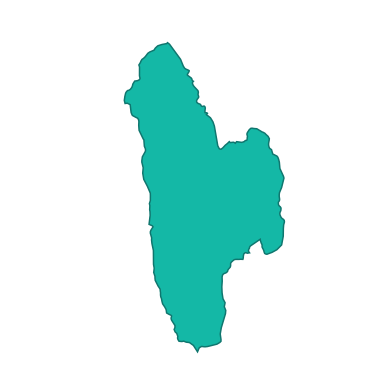 outline of Tolima, rotated 326°
{"feature_id": "COL-1402", "entity_name": "Tolima", "entity_type": "Department", "adm_level": 1, "iso_a3": "COL", "parent_name": "Colombia", "parent_adm1": "", "projection": "mercator", "projection_center": [-75.185, 4.102], "detail": "fine", "context": "isolated", "style": "filled", "palette": "teal", "viewbox_px": 384, "rotation_deg": 326, "n_neighbors": 0, "source": "natural_earth", "source_scale": "10m", "svg_char_len": 3986}
<svg xmlns="http://www.w3.org/2000/svg" viewBox="0 0 384 384"><g transform="rotate(326 192 192)"><path d="M276.6,230.2L276.0,231.9L268.8,238.4L264.1,241.5L262.8,243.0L261.8,244.5L260.6,247.0L259.7,248.0L258.9,248.4L258.2,248.6L257.6,249.1L256.9,250.3L256.5,251.3L256.6,252.6L256.9,253.6L256.9,254.7L256.5,255.6L255.1,257.2L254.0,257.8L252.9,258.7L252.2,260.0L251.7,262.7L251.9,264.4L252.5,265.8L252.6,267.1L251.9,268.5L249.6,270.5L247.3,273.4L242.9,279.7L236.7,286.0L230.1,287.3L224.6,286.8L219.3,285.5L218.4,284.6L217.9,283.5L218.2,282.2L218.7,280.8L219.0,279.4L219.2,277.4L219.4,276.7L220.3,275.4L220.7,274.4L220.8,273.2L221.5,270.6L222.1,269.3L210.7,269.4L209.8,269.5L208.9,269.9L208.2,270.7L206.9,271.3L205.7,272.6L205.7,274.6L203.5,273.6L203.2,273.0L202.6,272.3L201.6,272.1L200.3,272.3L198.7,273.9L197.8,275.1L196.9,276.0L196.5,276.3L194.8,275.0L193.2,274.1L190.9,272.5L189.7,271.9L188.5,271.7L185.2,272.2L184.6,272.5L183.9,273.0L183.1,274.3L182.4,275.1L181.6,275.7L179.3,276.3L178.2,276.7L177.1,277.7L175.8,278.0L174.8,278.0L173.7,277.7L172.4,277.5L171.1,277.8L169.4,279.3L167.2,282.8L163.7,287.3L160.5,292.5L158.0,297.8L157.5,302.3L154.6,305.2L153.8,309.0L151.7,311.6L140.4,320.9L136.0,325.5L133.5,330.6L132.5,332.0L130.8,332.3L127.6,332.1L118.5,328.8L116.2,327.6L114.7,326.4L113.8,325.5L112.1,325.2L110.7,325.3L107.2,327.6L107.4,320.0L105.7,315.4L103.2,313.2L101.7,311.0L100.0,310.3L97.8,308.5L97.8,307.2L98.0,305.9L98.4,304.9L99.5,303.8L100.3,300.6L99.8,298.6L100.3,296.0L102.1,294.8L103.2,293.2L103.4,286.9L103.8,285.4L104.5,284.5L105.3,283.9L105.8,283.2L105.5,282.0L104.7,280.9L103.3,278.1L104.8,275.0L105.1,272.2L105.1,268.3L105.9,266.0L107.1,263.2L107.5,261.4L108.3,259.8L109.6,257.9L110.3,256.4L111.2,254.8L111.3,253.3L111.3,251.1L112.1,244.7L113.2,242.6L114.1,241.3L115.3,237.2L115.8,236.7L117.9,234.2L118.3,233.5L119.6,230.5L127.3,218.9L129.9,212.5L131.6,209.2L132.9,207.5L134.4,202.9L135.3,201.6L136.6,200.7L140.2,199.1L140.2,197.8L138.3,194.8L144.2,188.0L146.2,184.8L147.0,183.0L149.4,179.8L150.2,177.8L152.7,175.8L155.5,171.7L156.8,169.6L158.2,162.4L159.1,154.5L161.7,148.8L165.1,144.6L167.1,139.2L168.0,137.9L170.5,135.1L176.1,132.2L176.8,131.4L177.5,130.2L178.1,127.4L181.3,121.8L181.2,120.9L182.6,111.3L185.2,106.8L187.3,104.0L188.1,102.2L188.2,100.4L187.2,98.7L185.4,95.2L185.6,93.7L186.0,92.0L189.6,85.0L188.0,82.2L186.0,81.2L187.1,78.2L189.8,75.2L192.3,72.9L194.0,72.1L195.4,71.9L196.7,72.4L198.3,72.4L200.5,71.7L202.1,70.6L203.2,69.5L206.5,68.0L209.0,69.2L210.7,69.5L211.8,69.2L212.4,68.8L212.7,68.2L212.9,67.5L213.5,66.2L218.4,59.0L219.0,57.0L221.8,55.7L222.7,55.0L224.7,54.1L226.4,54.1L228.8,53.7L233.0,52.3L235.4,52.3L239.8,53.2L242.0,52.2L244.4,51.8L245.5,51.7L249.6,52.9L254.0,54.8L255.2,54.5L256.0,56.9L256.7,75.6L255.2,82.7L255.1,85.1L255.5,86.4L257.2,89.1L257.5,89.8L256.9,90.5L254.3,91.7L253.6,92.3L253.7,93.1L255.1,97.0L255.1,98.2L254.7,99.2L254.6,100.0L255.1,101.0L253.7,101.4L253.0,102.5L252.7,104.0L252.7,105.7L253.6,111.3L253.1,112.8L251.5,114.5L251.2,115.7L250.7,117.0L249.6,117.6L248.1,118.1L246.8,118.9L246.1,120.3L246.4,121.6L248.0,124.1L248.0,124.4L247.9,124.9L247.8,125.5L248.0,126.4L248.6,127.0L249.4,127.2L250.1,127.5L250.4,128.4L250.0,129.8L248.0,132.1L247.2,133.5L248.6,134.7L248.8,135.4L247.2,135.9L248.8,140.8L248.6,145.5L247.4,149.9L239.2,168.1L238.8,171.5L240.0,172.8L242.4,172.6L245.8,171.8L248.3,171.6L251.1,171.1L251.3,172.4L254.0,173.8L254.5,174.2L255.2,175.8L257.1,175.2L260.9,178.6L262.2,179.1L263.5,179.4L264.7,179.2L265.4,179.3L266.1,179.7L266.7,179.5L267.3,179.0L268.2,177.8L268.8,177.3L269.2,176.6L269.8,174.9L270.4,174.2L271.4,173.6L274.5,172.3L275.7,172.2L276.4,172.1L277.5,172.7L278.1,173.3L279.1,174.2L281.1,175.8L283.7,181.4L284.5,182.5L285.3,184.2L285.5,185.6L286.2,188.4L285.9,191.1L284.4,192.8L283.8,193.3L282.3,195.0L281.5,196.4L281.0,197.8L280.8,199.3L281.6,201.3L280.2,205.7L282.5,209.7L282.6,211.2L282.1,213.3L281.1,216.1L278.0,221.7L276.6,230.2Z" fill="#14b8a6" stroke="#0f766e" stroke-width="1.5"/></g></svg>